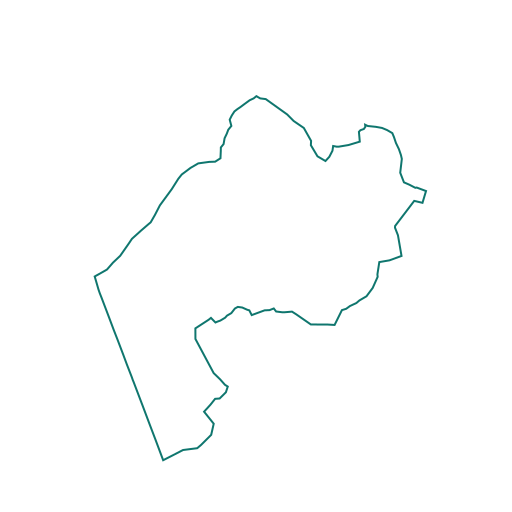 Mashi, Katsina, Nigeria (Albers equal-area conic projection), rotated 241°
{"feature_id": "59680162B19433829654146", "entity_name": "Mashi", "entity_type": "district", "adm_level": 2, "iso_a3": "NGA", "parent_name": "Nigeria", "parent_adm1": "Katsina", "projection": "albers", "projection_center": [7.993, 13.133], "detail": "fine", "context": "isolated", "style": "outline", "palette": "teal", "viewbox_px": 512, "rotation_deg": 241, "n_neighbors": 0, "source": "geoboundaries", "source_scale": "gbopen_adm2", "svg_char_len": 1976}
<svg xmlns="http://www.w3.org/2000/svg" viewBox="0 0 512 512"><g transform="rotate(241 256 256)"><path d="M157.6,291.3L160.9,296.1L167.0,304.9L166.1,309.3L166.7,314.0L166.2,321.0L167.0,324.9L167.2,333.1L171.5,342.6L178.8,352.3L181.1,353.3L190.9,360.9L187.5,370.6L185.5,383.3L205.3,390.2L213.4,391.3L214.8,392.2L227.5,421.1L221.8,427.4L230.4,436.2L238.0,429.7L238.4,428.4L244.0,424.7L248.7,421.1L258.9,422.5L270.2,430.6L274.0,431.7L280.2,432.8L287.1,433.2L293.0,434.3L297.4,434.8L302.6,431.7L306.9,428.3L310.9,423.4L315.5,416.8L317.9,415.1L316.0,414.3L314.8,411.9L315.4,408.3L314.7,406.2L309.7,404.0L305.7,402.2L308.2,390.7L311.5,381.4L312.4,379.7L314.8,376.8L311.0,373.9L307.2,368.2L305.4,362.8L313.4,358.1L320.0,357.9L326.3,357.7L330.0,360.0L344.8,359.9L355.8,354.4L364.7,351.9L388.5,340.6L391.8,336.1L395.6,333.8L395.0,330.4L395.3,326.0L394.5,319.6L393.8,314.5L393.5,311.0L392.9,307.2L390.6,302.9L388.0,299.1L381.7,297.5L379.9,293.0L377.1,289.7L374.2,285.6L369.6,281.9L368.0,277.9L364.9,276.1L358.7,272.3L358.3,266.0L361.0,260.7L365.0,250.4L364.8,241.4L363.3,230.6L361.2,225.5L355.3,214.7L346.9,196.5L340.9,187.5L336.5,180.2L336.0,177.6L334.0,168.0L331.2,155.9L328.1,149.8L322.0,137.3L319.5,127.6L316.4,119.1L316.3,110.4L316.3,105.0L309.2,103.4L303.1,102.0L299.1,101.3L294.4,100.7L272.9,97.6L260.1,95.7L249.7,94.3L234.4,92.1L223.9,90.5L210.0,88.6L207.2,88.1L205.3,87.9L179.6,84.2L159.9,81.3L144.5,79.1L122.4,75.8L122.1,84.4L121.7,98.1L116.4,111.4L117.4,116.4L121.3,130.1L129.8,137.7L145.0,135.1L148.0,144.0L150.9,151.0L149.0,155.1L151.4,163.6L155.5,168.0L158.4,166.4L165.6,164.8L174.1,162.2L212.8,162.8L222.1,167.9L223.2,183.7L223.7,186.6L217.5,188.3L217.3,190.5L216.8,193.5L217.0,199.1L217.9,201.7L218.0,206.7L220.3,212.1L220.3,215.4L217.6,219.0L213.2,222.3L211.7,223.8L206.4,223.6L204.3,237.2L202.1,241.6L201.5,246.1L197.7,246.7L194.2,251.5L193.0,253.6L189.9,260.5L185.5,262.9L169.5,270.8L161.4,285.3L157.6,291.3Z" fill="none" stroke="#0f766e" stroke-width="2"/></g></svg>